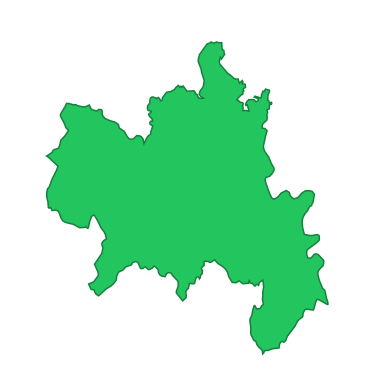 the district of Thai Nguyen, Thái Nguyên, Vietnam, rotated 7°
{"feature_id": "81297802B43105107768719", "entity_name": "Thai Nguyen", "entity_type": "district", "adm_level": 2, "iso_a3": "VNM", "parent_name": "Vietnam", "parent_adm1": "Thái Nguyên", "projection": "equal_earth", "projection_center": [105.819, 21.567], "detail": "fine", "context": "isolated", "style": "filled", "palette": "green", "viewbox_px": 384, "rotation_deg": 7, "n_neighbors": 0, "source": "geoboundaries", "source_scale": "gbopen_adm2", "svg_char_len": 5987}
<svg xmlns="http://www.w3.org/2000/svg" viewBox="0 0 384 384"><g transform="rotate(7 192 192)"><path d="M43.3,174.0L45.6,175.2L55.9,182.8L55.0,186.5L51.6,196.2L49.7,204.3L48.3,206.3L48.1,207.0L47.9,210.3L48.4,214.6L50.5,220.2L50.6,221.9L51.2,222.9L51.0,224.3L51.6,225.2L52.7,225.3L53.6,224.7L55.3,227.4L56.6,227.3L58.2,226.5L60.2,226.8L61.7,227.6L63.0,229.5L65.3,234.0L67.1,236.2L68.2,236.8L70.2,237.6L78.5,238.6L84.8,241.2L90.1,240.1L91.3,239.5L92.6,240.7L93.1,240.7L93.5,239.9L94.1,233.6L95.3,228.8L96.3,227.5L98.0,227.0L101.1,231.0L106.2,238.8L109.8,242.5L111.1,244.6L112.8,248.9L110.3,251.0L108.8,253.6L109.1,255.8L110.5,258.3L109.9,264.0L104.1,275.6L108.5,283.1L109.1,285.3L109.1,286.5L105.3,293.2L100.6,295.9L103.7,301.0L106.7,301.1L107.9,303.5L109.3,305.2L112.0,306.4L118.8,298.5L122.9,295.3L125.0,292.9L127.3,289.2L127.6,288.3L127.5,284.4L128.8,280.9L129.5,279.9L132.7,278.2L135.5,274.3L140.6,271.9L141.1,271.2L141.4,269.4L144.4,267.9L146.0,268.1L147.2,268.8L149.8,273.6L150.4,274.2L152.5,274.0L153.7,272.7L155.0,272.1L158.1,274.3L159.4,274.1L161.9,272.4L162.9,270.4L163.4,270.2L164.5,270.6L167.7,273.0L168.6,276.0L169.5,277.4L170.8,278.6L172.3,279.2L175.6,279.4L176.7,276.3L177.7,275.3L178.6,274.9L181.2,275.0L182.9,277.3L188.7,282.0L189.4,283.7L189.7,287.7L188.5,292.5L188.8,294.1L196.0,301.2L198.9,297.7L199.0,296.1L198.2,292.6L198.1,290.6L200.1,288.2L200.6,283.2L201.2,282.8L203.5,283.2L205.7,282.5L206.0,278.8L207.1,275.7L208.5,275.6L209.4,276.2L209.9,277.3L210.5,276.3L210.7,275.6L210.6,273.7L212.0,272.2L212.1,269.2L210.8,267.0L210.8,266.4L211.1,265.6L213.0,263.3L212.4,259.8L214.0,258.8L215.1,259.3L216.4,258.7L217.7,259.6L218.6,259.7L219.3,259.5L222.6,256.6L226.4,259.8L230.9,261.9L234.6,264.4L236.8,267.0L239.1,272.0L242.7,276.6L243.3,276.9L246.6,276.7L247.5,276.3L249.5,274.4L253.6,276.9L259.0,275.7L259.5,272.8L259.9,273.1L260.5,275.2L263.1,275.5L265.9,277.8L267.4,275.9L268.0,275.7L269.4,276.6L269.9,273.5L273.1,270.9L274.7,277.5L274.4,283.3L275.0,286.7L275.0,290.0L276.6,295.1L275.0,296.3L274.1,299.0L273.2,299.6L270.4,300.1L268.2,297.1L267.6,297.1L266.7,302.1L266.5,307.1L265.1,310.7L265.2,312.9L267.0,319.9L267.3,324.1L267.8,326.2L271.2,331.4L271.9,332.0L273.3,332.1L275.1,335.6L277.1,337.7L281.0,340.6L281.9,344.0L282.8,343.0L283.3,340.7L287.0,339.9L291.2,337.7L297.4,336.2L297.4,333.0L298.0,330.6L299.5,329.3L301.5,329.9L303.0,328.5L304.2,323.5L310.5,312.8L312.5,307.3L314.9,304.4L316.6,303.0L317.1,302.2L317.1,298.6L318.3,295.2L320.2,294.3L326.8,294.4L327.3,292.9L328.0,287.3L328.9,283.7L329.4,283.2L331.7,283.7L339.4,286.9L340.3,287.1L340.7,286.8L340.1,284.4L338.3,280.7L335.9,273.6L333.3,271.6L329.0,263.9L327.1,258.8L326.8,257.3L327.1,254.7L328.5,252.4L330.9,249.4L331.3,247.6L331.2,244.4L330.8,243.6L325.1,238.9L323.9,238.4L322.1,238.4L320.8,239.0L319.2,241.7L317.6,243.4L315.5,243.3L314.8,242.9L313.8,241.0L313.1,237.6L313.2,236.0L314.4,234.3L322.1,227.0L323.9,224.8L324.2,223.7L323.7,220.3L323.0,219.4L321.7,219.0L316.2,220.6L313.9,220.8L308.7,220.4L306.2,214.1L304.9,207.9L305.1,204.0L306.9,199.6L309.0,196.4L310.2,193.0L310.9,191.9L312.2,191.1L313.4,186.9L313.8,180.5L313.5,179.0L311.1,176.7L307.6,176.4L305.5,176.7L303.8,177.4L301.0,179.9L297.8,184.6L294.3,186.3L293.1,186.1L291.8,185.3L289.7,183.3L288.8,181.0L288.1,180.3L285.4,179.0L280.7,182.1L278.1,186.1L275.5,188.5L273.7,189.0L272.0,188.3L269.0,183.6L267.2,180.1L264.2,174.0L263.1,171.0L263.2,169.5L263.8,168.3L266.4,167.4L267.6,166.4L269.7,163.3L270.7,160.6L270.6,158.9L270.2,157.9L267.1,153.8L264.0,148.1L259.4,143.1L257.8,140.1L257.3,137.0L258.3,126.8L259.1,122.0L256.8,120.2L253.7,119.9L253.7,116.2L257.6,111.4L257.7,109.4L256.9,106.1L257.4,104.0L256.4,101.6L256.6,101.2L258.2,100.5L258.5,100.0L258.3,96.2L260.2,95.1L260.3,94.4L260.3,93.8L259.8,93.3L258.1,94.3L257.3,92.4L255.9,91.5L255.6,86.0L256.7,83.4L256.4,81.5L252.4,80.9L251.6,83.3L249.9,83.4L249.7,85.3L249.2,86.6L249.2,89.9L248.9,90.3L242.7,89.2L242.2,90.3L246.4,91.3L246.6,93.3L245.1,94.3L244.5,94.6L242.0,92.7L237.0,93.5L235.5,95.5L234.8,97.2L234.6,99.1L234.8,99.6L236.3,98.8L238.7,104.8L234.9,104.5L232.5,105.1L232.5,101.8L231.4,100.1L232.0,99.4L232.1,98.1L231.4,97.3L228.0,96.7L227.0,95.4L225.7,95.5L225.3,95.1L225.4,94.4L228.3,90.5L229.2,89.5L230.4,89.0L230.6,87.9L230.1,86.3L231.1,85.4L230.4,84.1L230.4,83.1L232.4,81.6L231.7,78.7L231.2,78.4L228.8,78.6L228.6,77.5L229.2,76.6L228.3,75.2L225.8,78.3L224.0,74.2L222.4,74.6L220.0,74.3L215.9,71.3L212.6,69.5L204.0,61.6L203.5,60.8L203.2,59.5L203.7,54.9L205.0,56.5L207.7,51.3L206.9,50.0L206.3,47.5L205.0,47.2L204.2,45.6L203.3,40.2L200.3,40.7L198.4,40.0L195.7,41.5L193.7,41.3L192.6,40.7L191.9,41.7L188.9,43.3L182.7,54.6L182.1,59.3L182.3,61.9L185.9,68.6L187.2,72.6L190.5,79.7L190.5,84.8L189.6,87.5L188.0,90.2L187.4,92.1L187.3,93.5L187.5,94.3L188.9,96.2L192.0,97.3L189.6,98.2L187.7,97.9L186.3,96.9L185.7,95.0L184.5,94.3L184.0,94.6L182.7,92.3L181.6,91.3L174.8,92.6L170.3,87.8L169.1,89.4L168.1,88.4L167.2,89.4L165.4,87.9L163.5,89.9L161.9,92.6L158.2,95.1L155.0,95.9L154.3,96.7L151.2,102.1L151.1,104.5L150.6,105.0L149.8,105.4L148.4,103.3L147.0,102.3L145.7,103.5L145.3,103.0L143.9,103.0L141.8,102.4L140.3,102.8L139.5,103.6L139.1,104.7L139.2,109.1L137.5,111.8L137.6,115.1L138.6,116.4L141.7,116.8L141.7,117.8L139.6,119.7L139.5,120.7L141.0,122.4L143.3,124.3L144.4,125.9L144.2,126.6L142.6,126.6L142.1,127.2L141.7,128.6L142.0,129.8L145.0,131.3L143.7,137.6L144.0,139.3L141.6,141.9L140.7,143.3L138.5,149.9L136.9,145.3L135.0,143.3L133.4,142.7L130.3,142.7L127.3,146.6L124.6,147.1L123.3,146.8L121.2,145.2L117.4,140.1L112.0,137.4L111.0,134.5L110.2,133.6L106.7,131.9L102.3,131.3L96.6,129.6L93.5,126.5L92.9,122.3L92.1,121.4L89.6,121.3L87.8,123.1L83.4,122.7L81.7,121.7L79.4,118.2L76.2,120.2L73.9,120.8L67.8,120.3L66.2,119.5L63.5,119.8L59.1,119.2L56.7,119.3L55.9,122.1L52.7,129.1L52.0,131.3L52.1,132.6L56.5,138.9L59.3,143.9L61.6,145.5L61.8,146.1L59.1,151.7L55.6,156.4L55.0,161.4L54.3,164.4L53.3,165.3L50.1,166.7L48.8,168.0L48.3,169.9L43.3,174.0Z" fill="#22c55e" stroke="#15803d" stroke-width="1.5"/></g></svg>